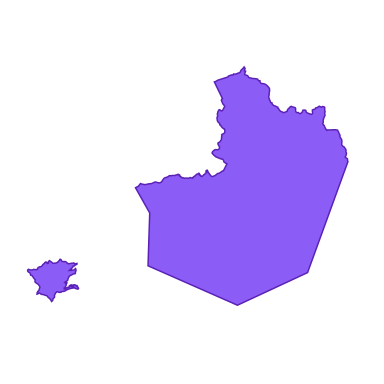 Guevea de Humboldt, Oaxaca, Mexico (orthographic projection), rotated 10°
{"feature_id": "50627088B66942360920108", "entity_name": "Guevea de Humboldt", "entity_type": "district", "adm_level": 2, "iso_a3": "MEX", "parent_name": "Mexico", "parent_adm1": "Oaxaca", "projection": "orthographic", "projection_center": [-95.455, 16.84], "detail": "fine", "context": "isolated", "style": "filled", "palette": "violet", "viewbox_px": 384, "rotation_deg": 10, "n_neighbors": 0, "source": "geoboundaries", "source_scale": "gbopen_adm2", "svg_char_len": 5843}
<svg xmlns="http://www.w3.org/2000/svg" viewBox="0 0 384 384"><g transform="rotate(10 192 192)"><path d="M296.3,90.3L296.5,91.5L297.2,93.5L296.7,94.3L296.3,94.8L295.5,94.8L293.0,94.3L292.4,94.3L290.8,93.7L289.9,91.9L289.0,91.7L287.1,92.1L286.7,93.9L286.4,94.7L285.0,96.1L283.7,95.9L283.0,95.3L281.4,95.6L280.6,95.2L280.2,94.6L279.8,93.6L279.6,91.9L278.9,91.0L277.2,90.8L276.3,90.8L274.8,90.4L273.5,91.6L272.9,92.8L272.1,93.8L271.8,94.4L271.7,96.0L268.9,97.8L268.2,98.0L267.6,97.6L265.3,97.2L263.7,96.0L262.8,94.9L262.1,94.6L261.9,93.6L260.5,93.4L259.5,92.9L258.0,92.8L257.1,92.4L255.6,91.4L255.4,90.4L254.1,90.2L252.6,88.0L251.0,85.2L251.1,82.2L250.7,81.5L250.9,79.4L250.5,77.1L249.6,75.8L248.2,74.7L245.9,73.3L243.9,72.9L241.5,73.1L240.5,72.5L239.5,71.1L239.5,70.6L238.1,70.8L237.0,69.4L234.2,69.4L232.1,69.7L231.5,69.7L231.0,69.5L229.8,69.6L227.9,69.3L226.9,68.0L225.7,67.5L224.1,67.5L223.3,66.7L223.8,63.7L222.6,63.6L222.5,62.8L222.9,61.4L222.6,60.8L221.6,59.8L220.8,61.3L219.2,63.5L218.6,65.7L217.4,66.7L216.0,67.3L215.7,67.7L215.0,68.1L213.5,68.5L212.4,68.6L212.3,69.5L210.5,69.9L207.7,71.5L207.4,72.5L198.0,77.4L196.3,78.9L194.9,79.7L205.8,94.8L205.1,95.6L205.0,96.6L207.1,99.9L208.3,100.8L209.4,102.2L209.0,103.1L207.9,106.5L206.8,107.0L205.9,106.8L205.1,106.1L204.4,106.3L203.6,108.1L203.4,111.0L203.8,111.6L204.0,112.8L203.7,114.6L204.5,117.2L205.4,118.5L207.2,119.7L207.9,121.2L208.3,121.2L209.1,121.8L209.4,122.4L210.7,123.4L212.2,124.3L212.9,124.2L213.3,124.8L213.9,126.9L213.9,127.8L213.3,128.7L212.4,129.5L211.6,129.9L211.3,130.6L211.6,131.0L211.6,132.9L211.9,135.0L211.7,135.8L211.3,136.4L210.8,137.8L209.2,139.0L209.1,139.9L209.4,140.5L210.6,142.1L211.3,142.8L211.4,144.6L210.2,145.9L208.0,146.1L207.1,146.5L206.2,147.4L205.5,148.4L205.0,149.5L205.1,150.3L207.2,152.0L209.6,153.3L214.1,154.3L215.3,154.5L216.4,154.3L217.2,155.0L218.5,157.1L221.5,158.2L219.3,165.6L218.2,166.1L215.7,168.7L214.3,169.2L213.5,169.9L212.0,171.7L209.4,173.3L208.0,173.0L204.7,169.9L203.3,167.9L202.6,168.1L202.2,168.7L202.1,169.1L202.5,169.3L203.0,170.3L201.9,171.2L201.3,172.5L200.5,173.1L199.6,174.5L199.1,175.0L198.2,175.0L198.1,174.5L196.6,174.2L196.5,173.9L196.8,173.5L196.7,173.4L195.9,173.3L196.0,172.6L195.6,172.3L195.2,172.4L194.5,173.3L193.4,173.8L193.4,174.2L192.4,175.0L191.8,176.2L191.4,176.3L190.8,176.8L190.7,177.4L190.2,177.7L190.1,178.3L189.8,178.4L189.5,178.2L188.3,178.3L187.6,178.1L186.2,179.1L184.6,179.1L184.2,179.4L182.8,179.5L182.3,179.8L181.3,179.5L180.6,179.9L179.8,179.5L179.0,179.6L178.4,178.8L177.4,178.7L177.0,178.5L176.9,178.2L177.1,177.7L176.8,177.3L176.2,177.4L175.9,177.6L175.5,177.5L175.2,177.0L173.9,177.8L173.1,178.1L172.6,178.6L169.5,179.2L168.9,179.6L166.9,179.8L165.5,181.3L162.4,183.0L161.5,184.4L160.2,187.4L158.7,188.6L157.7,188.8L154.9,188.5L153.7,188.6L151.0,190.6L147.4,191.7L144.6,192.9L141.1,192.9L139.8,192.6L138.3,195.5L135.6,197.6L154.0,220.0L161.5,272.3L256.4,295.6L319.8,251.3L340.3,135.0L339.7,133.9L339.4,132.5L338.8,132.0L337.2,131.4L336.8,131.0L337.3,129.3L337.5,127.7L337.3,126.7L336.8,126.2L336.4,125.0L336.5,124.4L336.1,123.4L334.0,121.2L332.6,120.7L331.6,120.0L331.2,119.2L331.0,118.0L330.9,116.2L330.2,114.3L328.1,112.0L327.9,110.3L326.7,108.9L325.9,107.4L325.1,106.6L324.7,105.8L322.4,105.8L319.7,106.3L317.4,106.9L314.8,107.3L314.2,107.9L312.6,106.6L312.5,106.2L311.9,105.6L310.5,103.4L309.2,102.5L308.9,102.0L309.2,100.4L308.7,98.7L309.1,95.5L309.6,94.0L309.6,92.9L309.0,91.8L309.1,89.8L308.3,87.8L308.1,85.8L307.6,85.3L306.0,85.1L305.6,85.2L304.8,86.1L302.6,85.4L301.8,85.9L301.3,86.7L299.1,87.8L298.9,88.7L298.3,89.4L297.5,89.5L296.3,90.3ZM71.8,284.6L70.3,285.6L67.9,286.3L66.9,286.1L65.7,285.3L65.1,285.2L63.6,284.3L63.1,284.9L62.7,285.8L62.8,287.2L62.3,287.5L61.8,287.5L61.3,286.5L60.2,286.3L59.3,287.1L59.3,287.6L57.6,289.5L57.5,290.1L57.0,291.0L56.0,291.9L55.2,292.0L53.7,293.0L53.2,293.9L53.2,294.9L52.5,295.4L51.7,295.6L49.4,295.7L48.3,296.5L47.4,296.7L46.2,296.8L44.4,296.5L43.8,297.2L43.7,297.8L43.8,298.2L44.7,299.2L45.9,299.5L47.0,300.4L47.4,301.8L47.8,302.0L48.6,302.0L49.3,302.3L50.7,303.9L51.8,304.9L52.9,305.6L52.8,307.2L53.4,308.2L56.7,309.7L58.5,311.5L58.7,312.5L58.5,314.1L58.3,315.4L57.4,316.8L57.0,317.9L57.1,319.5L57.9,319.1L59.0,318.0L59.3,317.9L61.5,319.0L62.6,318.8L67.2,319.4L68.8,320.9L70.3,321.6L72.0,323.2L72.7,324.2L73.6,323.2L73.7,321.5L74.9,319.3L74.5,317.7L75.2,315.2L76.3,313.7L76.9,313.5L78.1,313.9L79.6,313.8L80.5,313.4L80.7,312.9L81.2,312.6L82.7,312.2L83.8,311.7L84.7,311.1L85.3,310.3L87.0,309.4L87.5,308.9L90.2,307.7L91.9,307.1L93.1,306.9L94.3,307.3L96.1,307.5L96.8,307.2L97.0,306.6L96.4,305.8L95.7,305.4L95.4,304.9L95.5,304.6L95.0,304.2L94.8,304.5L94.4,304.8L94.2,304.3L93.1,303.8L92.4,303.8L91.7,303.9L91.4,304.3L90.6,304.6L89.9,304.4L89.3,304.4L89.1,304.5L89.7,305.0L90.1,305.0L90.7,305.3L91.5,305.0L91.7,305.5L91.8,306.1L91.7,306.3L91.3,305.6L90.6,306.0L90.0,305.7L89.5,306.1L89.1,305.9L88.8,305.4L88.0,305.3L87.6,305.7L87.8,305.9L87.6,306.2L87.7,306.6L87.4,306.8L87.4,307.1L86.6,307.3L86.2,307.8L85.9,307.7L85.7,308.0L85.3,308.1L84.6,308.6L84.4,309.3L83.1,309.6L82.7,308.8L83.9,307.7L83.8,306.9L84.1,306.0L84.3,305.6L84.3,305.1L83.7,304.5L84.4,303.9L84.6,303.5L84.6,303.0L84.2,302.8L82.6,303.3L82.3,303.2L82.6,302.8L84.8,300.8L85.0,300.0L85.0,298.6L85.5,297.3L85.6,296.4L86.3,295.8L86.9,295.1L87.6,294.8L89.5,293.2L91.1,292.7L91.3,292.0L91.1,291.5L91.4,289.1L91.1,288.6L91.0,288.1L90.4,287.6L89.9,288.8L89.5,289.2L89.0,289.4L87.5,289.7L87.2,290.1L86.6,290.0L84.9,290.5L85.5,289.6L85.6,289.1L86.5,288.8L87.2,287.0L87.5,287.0L87.7,285.7L88.8,285.4L89.2,284.7L91.2,283.1L91.3,282.8L91.1,282.3L90.2,282.8L89.3,283.1L87.8,282.4L87.3,282.9L86.2,282.9L84.6,283.6L82.5,284.1L81.6,283.8L80.8,283.1L79.6,282.5L76.2,283.0L75.6,282.5L74.8,281.4L73.8,281.1L73.5,281.5L73.5,282.0L71.8,284.6Z" fill="#8b5cf6" stroke="#5b21b6" stroke-width="1.5"/></g></svg>